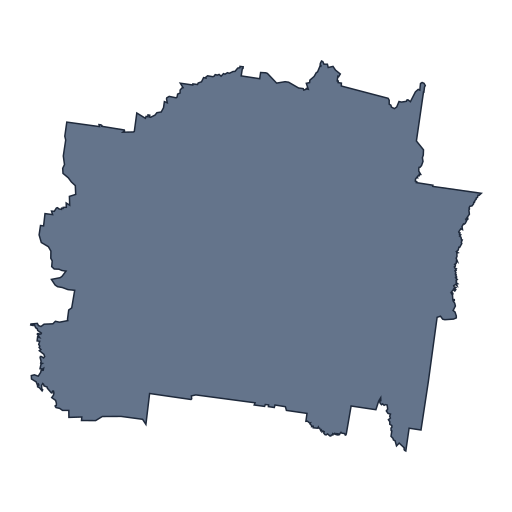 the district of Moorabool, Victoria, Australia
{"feature_id": "25037944B6902911043133", "entity_name": "Moorabool", "entity_type": "district", "adm_level": 2, "iso_a3": "AUS", "parent_name": "Australia", "parent_adm1": "Victoria", "projection": "albers", "projection_center": [144.318, -37.633], "detail": "fine", "context": "isolated", "style": "filled", "palette": "slate", "viewbox_px": 512, "rotation_deg": 0, "n_neighbors": 0, "source": "geoboundaries", "source_scale": "gbopen_adm2", "svg_char_len": 5889}
<svg xmlns="http://www.w3.org/2000/svg" viewBox="0 0 512 512"><path d="M30.7,325.0L33.1,325.5L33.4,324.0L34.1,324.2L35.7,327.8L37.2,328.7L37.7,330.5L41.4,333.1L41.0,333.9L39.2,334.4L39.0,333.6L37.5,333.6L37.3,334.2L39.6,337.5L37.6,336.8L37.1,340.9L39.7,341.3L38.7,344.5L39.8,346.1L39.1,347.5L40.9,349.5L39.3,350.7L43.9,354.3L44.7,356.6L43.6,357.9L41.3,356.5L40.4,356.5L40.1,357.6L41.1,361.3L40.7,363.1L42.3,363.4L41.0,364.2L40.0,368.7L42.6,369.0L43.6,368.3L43.2,370.3L41.1,370.4L40.7,372.3L38.2,376.2L34.4,374.8L31.3,375.6L31.5,379.0L36.2,381.9L37.2,384.6L38.3,383.9L38.8,385.0L37.6,385.9L37.6,386.8L39.5,387.8L42.1,390.9L42.7,389.8L41.8,388.8L41.6,385.5L42.7,383.5L43.6,384.3L44.0,385.9L47.1,387.0L47.4,388.3L51.2,392.7L51.9,393.0L52.7,391.1L53.5,391.1L53.9,393.0L53.5,395.1L51.7,397.6L55.6,400.4L56.4,403.2L56.3,405.5L55.2,405.8L55.3,406.6L56.1,407.6L59.7,408.4L62.5,410.4L68.8,410.4L68.9,417.4L81.8,417.0L81.5,420.5L95.6,420.6L102.3,416.5L121.1,416.4L142.6,419.3L145.9,424.4L149.6,393.5L191.0,399.5L191.7,398.8L191.4,395.9L195.8,394.9L255.1,402.8L254.2,405.0L264.6,406.4L265.3,404.5L268.6,404.9L268.4,406.6L274.3,407.5L275.0,405.0L285.4,406.7L286.4,410.4L307.0,413.4L305.9,421.3L307.5,421.2L309.6,423.0L310.5,422.8L310.0,423.9L311.7,425.7L311.6,426.6L313.2,426.3L313.2,427.8L317.4,428.2L318.3,427.1L318.4,428.1L319.6,428.2L320.8,430.7L321.3,430.2L321.3,431.0L322.5,431.0L322.3,431.7L323.2,431.2L324.2,431.7L323.7,433.0L324.9,434.6L326.1,434.9L327.6,433.9L329.8,435.9L330.8,436.0L331.4,435.0L332.8,435.0L332.8,433.7L333.5,434.1L334.7,433.3L335.2,433.8L334.7,434.1L336.8,434.8L337.8,434.4L337.2,433.7L338.3,433.8L338.4,433.2L338.3,434.9L339.3,434.5L339.7,435.2L339.4,434.2L341.0,432.3L341.7,433.1L344.6,433.6L345.3,435.1L346.0,434.8L346.4,433.3L351.1,406.0L375.9,409.7L378.7,401.0L380.7,397.7L380.8,400.7L379.5,401.2L380.1,403.1L381.5,404.7L382.6,403.9L384.1,405.3L385.4,404.6L387.1,405.0L387.7,409.1L386.3,410.9L388.0,413.4L390.5,414.1L389.7,416.2L390.4,418.1L388.4,419.7L389.8,421.7L389.8,424.3L391.8,425.5L391.9,427.2L391.0,428.1L391.1,430.5L391.8,430.9L391.0,436.3L393.0,438.4L393.4,439.9L395.1,440.8L396.5,445.9L399.2,443.1L404.3,447.9L404.0,449.0L404.5,450.3L405.8,451.0L409.1,428.2L421.0,430.0L428.4,381.2L437.1,317.3L440.5,316.2L442.7,319.2L444.8,319.7L453.5,319.1L456.3,317.9L456.3,315.9L455.0,312.0L453.1,310.5L455.4,306.0L454.7,303.2L453.1,300.9L454.3,300.5L454.3,299.6L452.8,299.4L452.5,295.2L451.5,293.5L452.8,294.0L452.9,293.3L451.5,291.9L453.6,289.4L454.5,291.0L455.0,290.9L455.8,289.5L454.1,288.6L455.9,287.4L454.2,287.0L453.7,285.7L455.5,284.5L457.0,285.6L456.3,283.9L457.6,283.7L456.2,282.6L456.5,281.6L456.0,280.9L457.3,279.4L456.1,278.7L456.5,277.5L455.7,277.2L456.5,276.3L455.5,274.9L456.1,274.5L455.4,273.4L455.9,272.6L455.0,270.8L456.1,270.3L455.7,269.6L456.4,268.8L454.6,267.8L454.4,266.7L455.3,266.2L455.4,265.0L454.7,264.3L456.1,263.5L456.5,260.9L457.5,261.7L456.2,258.2L457.0,256.3L456.8,253.0L458.0,252.7L456.4,251.6L458.2,250.1L458.9,247.2L459.7,247.3L461.8,243.5L461.3,242.3L462.2,240.0L461.5,240.0L461.0,237.2L459.6,236.1L460.7,234.9L459.5,234.5L460.0,232.9L459.0,232.7L458.7,231.9L460.8,228.8L462.5,229.6L462.0,226.5L463.5,223.9L464.4,224.1L465.4,223.1L466.5,220.9L466.0,219.8L466.9,220.0L467.9,219.1L467.7,218.0L466.6,218.2L469.4,214.2L468.9,210.1L469.5,208.9L469.0,208.1L469.8,206.3L472.0,205.9L473.6,203.8L473.7,202.3L474.5,202.2L475.0,200.4L476.2,199.2L476.2,198.1L477.5,197.4L478.0,195.2L479.1,195.3L481.3,193.3L432.7,186.4L432.9,185.2L416.3,182.6L416.7,181.6L415.3,181.1L415.5,179.1L416.6,177.6L417.6,177.8L417.3,176.8L418.1,175.8L419.7,175.9L418.8,175.5L419.5,175.1L419.2,174.4L420.7,174.4L418.8,171.2L418.8,168.3L419.1,167.3L420.0,167.3L421.5,165.6L423.0,161.4L422.4,157.7L423.3,155.1L423.5,149.8L416.4,141.0L423.5,92.0L423.9,92.1L424.5,87.0L425.3,85.6L424.0,83.3L422.1,82.5L420.5,83.5L419.8,90.1L418.2,89.4L415.4,91.9L410.4,101.7L407.9,99.8L406.9,100.0L406.4,101.3L401.4,102.1L399.0,101.5L396.7,107.0L394.4,108.6L391.4,107.1L390.9,105.2L389.2,104.2L389.2,100.2L388.1,98.3L341.3,86.0L341.4,83.1L338.1,82.6L338.3,81.0L337.2,80.9L337.8,76.3L338.6,76.8L340.3,74.0L335.5,70.1L333.0,66.4L328.2,67.5L327.4,64.2L324.0,64.2L322.8,61.6L321.5,61.0L320.3,63.5L320.1,65.4L320.9,65.5L320.8,66.3L320.0,66.1L317.5,72.0L316.3,72.6L314.1,76.5L309.9,80.1L309.6,82.6L306.3,83.3L308.3,89.3L307.0,89.0L306.1,87.9L306.5,89.1L303.8,90.1L303.2,88.6L298.6,88.0L288.6,82.2L285.1,81.7L276.6,83.1L267.4,73.4L265.8,72.8L260.6,72.5L259.7,78.7L241.2,75.9L242.3,68.8L243.0,68.5L243.2,66.8L240.0,66.4L239.9,67.7L237.7,68.1L235.0,71.4L233.1,71.5L229.3,73.3L227.4,72.7L225.0,74.2L223.5,73.6L221.1,76.2L219.1,74.4L217.4,75.1L215.2,74.6L214.0,76.3L212.8,76.7L207.6,75.8L205.7,77.3L205.9,78.1L203.6,77.6L201.5,81.8L198.2,83.0L197.5,84.5L192.9,83.9L192.8,85.0L180.3,83.2L183.1,87.7L181.9,88.0L180.1,90.1L180.1,93.0L177.6,94.1L177.1,97.0L176.1,97.8L169.2,96.4L166.8,97.8L166.5,98.9L167.3,102.8L164.4,101.6L163.5,107.8L161.2,112.0L156.9,112.7L155.0,115.1L150.6,117.3L149.5,117.0L149.8,115.2L148.0,114.9L147.8,116.7L146.1,116.4L145.4,118.3L136.8,113.0L134.3,131.5L133.3,132.0L122.9,132.2L124.5,130.8L124.3,130.0L101.8,126.3L101.9,125.5L100.8,124.8L99.0,124.6L99.5,126.6L66.8,122.1L64.8,136.2L65.7,140.0L63.3,156.0L64.5,164.6L62.7,168.3L63.0,173.4L68.3,177.8L71.4,182.0L75.3,185.6L75.7,194.4L69.4,196.4L69.7,205.2L66.2,203.0L66.3,207.3L63.2,207.4L63.1,208.4L61.6,208.2L61.5,209.4L59.1,209.0L57.5,207.7L56.4,208.0L54.3,211.3L51.5,211.1L52.6,214.6L45.0,213.6L43.6,225.9L40.5,225.5L39.1,234.9L41.3,242.5L48.4,246.7L50.9,251.1L50.8,258.3L52.2,260.9L51.7,266.6L54.2,269.0L59.0,269.2L61.9,270.5L66.0,271.1L62.0,276.4L60.1,277.7L51.4,279.4L55.1,285.0L57.6,286.7L62.3,287.5L67.9,289.6L74.7,290.3L71.7,307.9L68.7,310.0L67.5,319.3L67.8,320.6L59.5,322.2L55.4,321.3L52.9,323.8L44.0,324.2L41.0,326.5L38.5,325.6L37.3,323.4L30.9,324.0L30.7,325.0Z" fill="#64748b" stroke="#1e293b" stroke-width="1.5"/></svg>